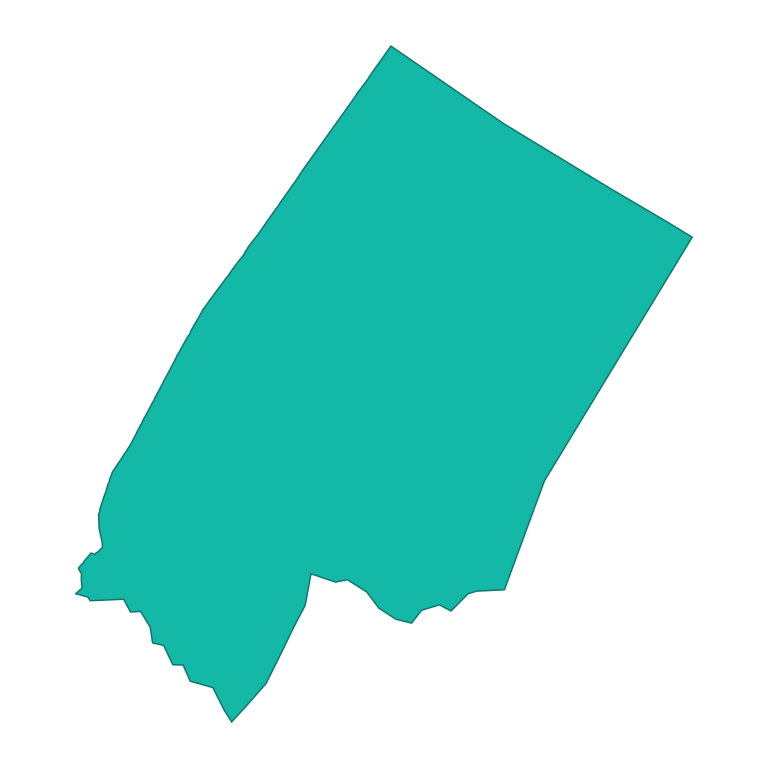 outline of Nord Kanem, Kanem, Chad
{"feature_id": "50815135B74780249962770", "entity_name": "Nord Kanem", "entity_type": "district", "adm_level": 2, "iso_a3": "TCD", "parent_name": "Chad", "parent_adm1": "Kanem", "projection": "equal_earth", "projection_center": [14.386, 15.416], "detail": "fine", "context": "isolated", "style": "filled", "palette": "teal", "viewbox_px": 768, "rotation_deg": 0, "n_neighbors": 0, "source": "geoboundaries", "source_scale": "gbopen_adm2", "svg_char_len": 3134}
<svg xmlns="http://www.w3.org/2000/svg" viewBox="0 0 768 768"><path d="M668.2,222.6L667.9,222.4L666.6,221.6L608.4,187.4L503.9,123.8L474.9,103.9L444.5,82.9L413.2,61.4L400.7,52.8L390.9,46.1L390.5,46.7L375.0,68.5L372.1,72.6L369.1,76.9L368.8,77.8L362.8,85.9L359.5,90.3L358.4,91.7L356.8,93.9L356.7,93.9L356.5,94.7L353.9,98.3L352.2,100.8L349.6,104.4L349.0,105.2L346.2,109.2L344.1,112.2L335.3,124.4L328.5,134.0L312.9,155.8L312.4,156.4L311.3,158.1L303.7,168.7L297.6,177.9L297.0,178.8L296.1,180.2L282.2,199.8L279.3,204.0L278.6,205.3L278.1,206.3L276.1,208.5L271.8,214.7L266.8,221.8L265.0,224.4L257.6,235.0L251.1,243.2L249.3,245.4L247.9,247.5L247.2,249.1L245.1,251.9L244.9,252.6L244.7,253.0L243.0,255.8L240.2,259.1L238.4,261.4L233.3,268.2L231.6,270.6L231.1,271.3L230.3,272.5L228.0,276.0L226.3,277.9L226.2,278.0L224.4,280.5L215.4,292.5L213.9,294.6L212.9,296.0L208.9,301.4L204.7,307.3L203.9,308.3L203.4,308.8L198.5,317.8L193.4,326.3L192.8,327.6L191.7,329.5L191.1,330.6L190.5,331.8L190.0,333.7L189.9,333.8L189.6,334.1L189.6,334.6L188.4,335.5L185.4,340.8L184.8,341.8L184.6,342.2L184.3,342.7L178.2,353.8L177.4,354.8L177.2,355.1L176.8,356.1L176.0,357.9L175.0,359.9L173.7,362.5L171.8,366.0L168.5,372.4L163.8,381.0L161.5,385.5L157.8,392.6L157.4,392.9L157.3,393.0L156.8,394.6L155.8,396.1L154.6,398.5L154.3,399.0L153.9,400.5L153.4,401.3L152.7,402.2L151.9,403.6L151.5,404.6L144.7,417.3L144.6,417.5L144.1,417.8L144.0,418.4L144.0,418.5L142.3,421.7L142.0,422.9L140.7,424.8L139.0,428.1L138.0,430.1L137.7,430.6L137.2,431.5L137.0,432.1L136.4,433.4L136.3,433.5L135.2,435.7L132.4,441.0L130.5,444.7L130.3,444.9L127.8,448.7L125.9,452.0L124.8,453.3L124.0,454.2L123.6,455.1L122.6,456.7L121.2,459.0L121.4,459.0L119.8,461.0L119.7,461.2L118.9,462.3L113.1,471.0L112.7,471.6L112.1,472.9L111.5,474.3L111.5,475.0L109.9,478.6L109.6,479.5L109.4,480.5L109.1,481.7L109.1,481.8L108.9,482.7L108.5,483.2L108.2,483.7L107.4,486.3L105.8,492.0L105.2,493.4L104.7,494.5L99.9,509.1L99.9,510.7L99.7,511.3L99.1,512.8L98.8,513.7L98.7,514.1L98.7,515.0L98.8,516.2L98.7,517.2L98.7,518.0L99.0,522.0L98.9,524.1L99.0,526.0L99.1,528.5L99.4,529.7L100.3,533.8L102.1,541.9L102.2,542.6L102.2,543.2L102.5,546.3L102.3,547.2L102.2,547.6L100.5,549.2L100.0,549.7L99.6,550.6L99.1,550.9L98.5,551.2L98.4,551.8L97.2,552.2L95.2,553.7L95.1,554.1L94.9,554.6L92.0,553.3L90.9,553.1L84.0,561.4L83.8,561.7L83.2,562.9L81.8,564.2L80.5,565.7L78.8,567.7L78.8,568.4L78.7,568.9L78.9,569.3L79.1,570.1L81.0,572.7L81.5,573.3L81.4,574.1L81.4,574.7L81.3,579.1L81.3,580.5L81.6,583.1L81.8,585.0L82.1,588.0L80.2,589.7L78.1,591.7L76.8,593.0L76.5,593.1L76.2,593.1L75.9,593.7L75.8,593.8L87.9,597.1L90.2,600.7L97.2,600.4L111.1,599.8L123.6,599.2L130.5,612.0L135.6,611.7L140.6,611.4L150.2,627.1L152.6,642.9L163.6,645.4L172.8,664.7L177.8,664.9L183.2,665.1L190.2,681.2L199.4,683.8L212.9,687.6L224.3,710.4L227.7,715.6L231.6,721.9L245.4,707.0L266.2,683.3L282.9,649.6L293.8,627.1L305.2,605.3L311.0,573.8L335.5,582.1L347.4,579.7L366.8,592.0L378.8,608.1L395.9,619.3L411.6,623.1L421.5,610.3L439.4,604.8L451.0,611.0L468.1,593.7L476.9,591.1L504.4,589.8L544.4,480.9L692.2,237.2L668.2,222.6Z" fill="#14b8a6" stroke="#0f766e" stroke-width="1.5"/></svg>